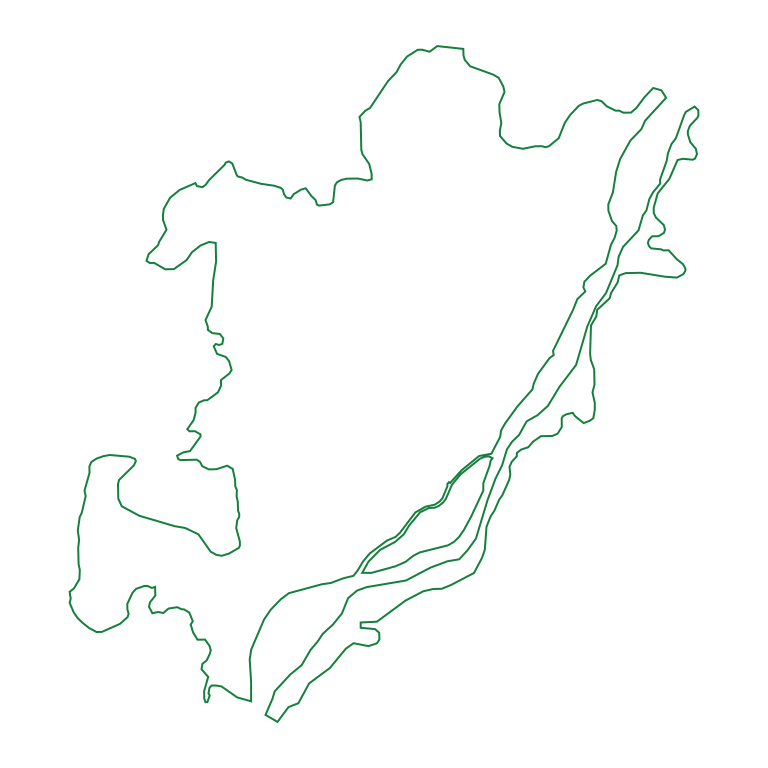 outline of Biba, Bani Suwayf, Egypt
{"feature_id": "37247803B33717646792475", "entity_name": "Biba", "entity_type": "district", "adm_level": 2, "iso_a3": "EGY", "parent_name": "Egypt", "parent_adm1": "Bani Suwayf", "projection": "mercator", "projection_center": [30.97, 28.949], "detail": "fine", "context": "isolated", "style": "outline", "palette": "green", "viewbox_px": 768, "rotation_deg": 0, "n_neighbors": 0, "source": "geoboundaries", "source_scale": "gbopen_adm2", "svg_char_len": 6074}
<svg xmlns="http://www.w3.org/2000/svg" viewBox="0 0 768 768"><path d="M195.4,183.1L179.7,189.9L170.1,197.7L163.8,208.9L162.9,215.5L163.0,219.9L166.5,229.7L159.1,241.9L158.1,245.2L148.6,254.2L146.5,260.9L149.9,263.0L154.2,262.9L165.2,269.3L173.9,269.1L186.7,260.0L192.0,252.2L200.5,245.5L209.1,242.0L215.7,242.9L216.1,261.6L213.2,280.3L211.7,306.7L205.5,320.1L207.8,326.6L207.9,329.9L212.3,333.1L219.9,334.0L223.3,338.4L222.3,343.9L219.1,345.0L215.8,344.0L213.7,346.3L217.1,353.9L225.8,357.0L229.2,361.3L231.6,370.0L229.5,373.4L220.9,380.1L221.1,385.6L218.0,392.3L207.3,400.2L204.0,400.3L198.7,402.6L195.5,408.1L195.6,412.5L193.6,420.2L187.3,429.2L189.5,431.3L195.0,431.2L200.5,434.4L200.5,436.6L190.0,451.1L183.5,452.3L177.1,455.7L178.2,459.0L180.4,460.1L196.7,459.7L200.0,461.9L202.3,466.2L208.9,469.4L216.5,469.2L227.2,465.7L232.7,468.9L235.1,479.8L235.3,486.4L236.9,490.1L236.6,496.2L237.8,501.7L238.0,510.5L239.2,513.7L239.2,517.0L237.2,520.4L236.2,528.1L239.8,541.2L239.9,545.6L238.9,547.8L229.2,553.5L221.7,555.8L216.2,554.8L210.7,551.7L198.4,534.3L185.2,528.0L174.3,526.1L139.4,515.8L121.8,506.3L118.3,498.7L118.0,484.4L119.0,480.0L133.9,465.4L135.9,461.0L134.8,458.8L129.3,456.7L109.7,455.0L103.3,456.2L96.8,458.5L91.4,461.9L89.4,466.4L89.5,473.0L84.5,490.6L85.7,496.1L81.8,512.7L79.7,517.1L77.8,530.3L79.1,540.1L78.2,547.9L78.6,564.3L79.8,569.8L79.4,579.3L73.8,588.6L69.6,591.8L70.7,598.5L69.7,602.9L73.7,612.4L77.7,618.1L82.1,622.4L88.8,627.8L96.5,632.0L101.9,631.9L120.1,623.8L127.6,617.1L128.6,613.8L127.4,609.4L127.3,603.9L132.5,592.8L136.2,588.8L144.2,586.0L147.5,585.9L151.9,588.0L155.1,586.9L155.3,595.6L150.0,602.3L149.0,606.7L152.4,613.3L157.8,612.0L163.3,613.0L168.6,608.5L177.3,607.2L181.7,609.3L183.8,609.3L189.3,612.5L192.8,621.2L190.7,624.5L193.0,632.2L197.5,639.7L205.1,639.6L209.6,646.1L210.8,650.4L209.8,653.8L206.7,660.4L202.4,663.8L201.5,669.3L208.2,676.8L204.1,691.2L204.3,698.9L205.5,702.1L207.4,702.1L209.7,695.5L208.5,693.3L209.5,687.8L211.6,685.5L215.9,685.5L221.4,686.4L237.2,697.4L251.1,701.3L251.1,681.9L249.7,659.4L251.2,649.6L264.0,619.6L270.8,609.6L280.8,599.3L288.8,593.2L322.1,584.2L330.8,583.0L343.6,578.2L353.3,575.9L357.4,570.9L363.2,561.3L369.7,553.5L386.9,540.6L395.6,536.9L400.0,532.7L415.4,512.4L425.7,506.6L434.8,504.7L439.6,501.5L442.4,498.3L447.4,486.3L447.4,483.9L449.0,482.1L450.1,483.0L461.5,470.3L479.1,456.0L491.4,453.7L500.2,436.8L501.1,430.4L505.0,423.6L517.2,406.7L532.4,389.4L533.8,383.5L538.0,373.9L549.6,358.0L553.7,355.1L553.0,350.9L572.9,310.2L577.4,299.0L585.3,291.5L583.4,287.3L584.4,281.7L590.2,275.6L605.7,263.8L611.0,244.7L614.7,237.6L616.7,230.5L616.3,226.0L612.0,221.1L608.4,210.7L608.3,204.4L612.9,192.4L616.1,172.0L620.2,158.9L630.4,140.5L641.4,129.1L645.1,120.7L666.1,97.8L661.4,90.3L653.2,88.0L644.7,96.9L636.3,108.1L631.0,112.6L623.4,112.7L619.0,110.6L615.7,110.7L606.9,106.4L601.4,101.1L597.0,100.0L583.0,103.6L578.7,105.9L570.2,114.9L564.9,122.7L558.7,138.2L549.1,146.1L545.9,147.2L541.5,146.2L535.0,146.3L523.1,148.8L512.2,146.8L506.7,143.6L500.0,136.0L499.9,130.6L501.3,123.0L499.5,111.9L499.3,104.2L504.5,92.0L503.3,86.5L498.7,77.8L493.2,74.6L470.2,66.3L464.7,59.8L463.5,55.4L463.3,48.9L437.2,46.1L429.7,51.7L422.1,49.7L417.7,49.8L407.0,56.6L400.7,64.4L396.5,72.2L388.0,81.1L370.1,107.9L365.4,110.7L359.5,116.9L360.7,122.4L361.3,149.8L362.5,154.2L369.2,164.0L371.6,173.8L371.7,179.3L367.4,180.5L357.6,178.5L346.7,178.7L341.3,179.9L337.0,182.2L334.9,185.5L333.1,202.1L329.9,204.3L319.1,205.6L316.9,204.6L315.7,200.2L311.3,195.9L305.7,188.3L301.3,189.5L293.8,194.1L290.7,198.5L286.3,197.5L284.1,194.3L282.9,189.9L280.7,187.8L274.1,185.7L261.0,183.8L245.7,179.7L242.4,177.6L238.0,176.5L236.9,175.5L232.3,163.5L229.0,161.4L225.8,162.5L224.7,164.7L208.8,180.4L205.6,184.9L202.4,187.2L196.9,186.0L195.4,183.1ZM277.5,721.9L288.5,707.1L298.4,703.2L309.1,683.4L329.9,668.0L345.8,648.7L353.6,643.2L368.4,646.1L376.8,643.4L379.4,639.6L379.2,632.7L375.0,629.1L360.7,627.8L360.7,622.5L376.9,621.7L405.5,600.6L423.2,591.3L433.2,589.0L441.6,588.8L451.0,585.0L474.0,573.0L482.0,557.9L484.8,549.8L486.5,526.8L490.5,516.6L494.3,510.9L499.1,499.8L502.3,495.3L509.2,479.9L510.3,474.6L509.5,466.8L511.8,461.7L516.8,456.3L516.9,452.9L521.3,449.5L528.2,447.3L533.2,441.5L540.9,436.2L552.2,436.0L557.6,433.7L561.8,427.0L561.7,418.2L562.9,416.2L566.3,414.3L572.7,412.8L575.1,416.2L583.7,423.1L589.9,420.7L593.3,418.2L594.8,409.6L594.8,403.0L592.5,392.4L594.5,384.6L594.2,369.3L590.8,359.9L590.1,353.6L591.0,325.4L596.3,316.5L597.2,309.9L609.7,298.2L611.0,293.2L617.6,282.4L619.3,275.4L625.7,273.1L640.9,272.8L664.9,276.7L676.9,277.6L683.3,274.2L685.4,270.8L685.4,268.6L683.1,264.3L676.5,258.9L668.7,250.3L663.3,250.4L661.1,249.3L651.3,248.4L649.1,246.3L647.9,243.0L648.9,239.7L652.1,236.3L658.6,236.2L664.0,232.8L665.0,229.5L663.8,225.1L656.0,217.6L653.8,213.2L653.7,207.7L657.7,193.4L669.3,178.9L677.6,160.0L683.0,158.8L692.8,159.7L695.0,158.6L697.0,154.1L695.8,148.7L690.3,142.2L687.9,134.5L687.8,131.2L689.9,125.7L697.3,117.9L698.4,115.6L698.3,110.1L694.6,106.6L686.0,111.8L684.2,115.0L675.9,138.2L671.4,144.2L667.9,153.5L666.7,160.9L660.1,179.4L660.2,183.6L653.0,192.4L649.4,198.9L646.4,210.5L642.8,215.6L638.5,230.4L623.1,246.8L618.7,256.5L617.5,265.3L606.0,293.1L596.2,306.1L587.3,326.5L576.1,364.9L559.5,386.8L547.9,405.9L537.5,415.2L526.6,421.4L519.1,434.9L512.1,441.7L506.9,449.4L502.2,465.1L495.5,478.6L487.6,499.9L475.9,538.7L467.4,550.4L459.2,559.3L447.4,561.3L430.5,567.6L406.0,580.5L366.8,587.1L357.2,590.5L348.1,598.1L342.0,613.3L333.0,624.5L322.7,633.9L317.4,641.9L310.6,649.8L301.7,665.1L290.4,674.4L274.7,691.3L272.5,698.7L265.5,714.9L277.5,721.9ZM460.7,474.2L452.0,484.7L445.8,499.0L443.1,502.5L438.9,505.9L434.4,507.8L428.9,508.0L420.1,512.3L409.1,525.6L403.9,534.2L395.3,541.8L380.1,549.9L368.5,561.6L362.2,572.8L371.4,572.9L395.5,566.3L405.6,561.8L413.0,556.0L419.5,552.5L448.1,545.3L454.2,541.7L459.2,536.8L464.1,529.6L471.1,516.7L483.3,490.6L483.3,483.2L489.5,466.1L490.7,460.6L492.5,458.2L489.0,456.4L484.5,456.8L480.0,458.7L460.7,474.2Z" fill="none" stroke="#15803d" stroke-width="2"/></svg>